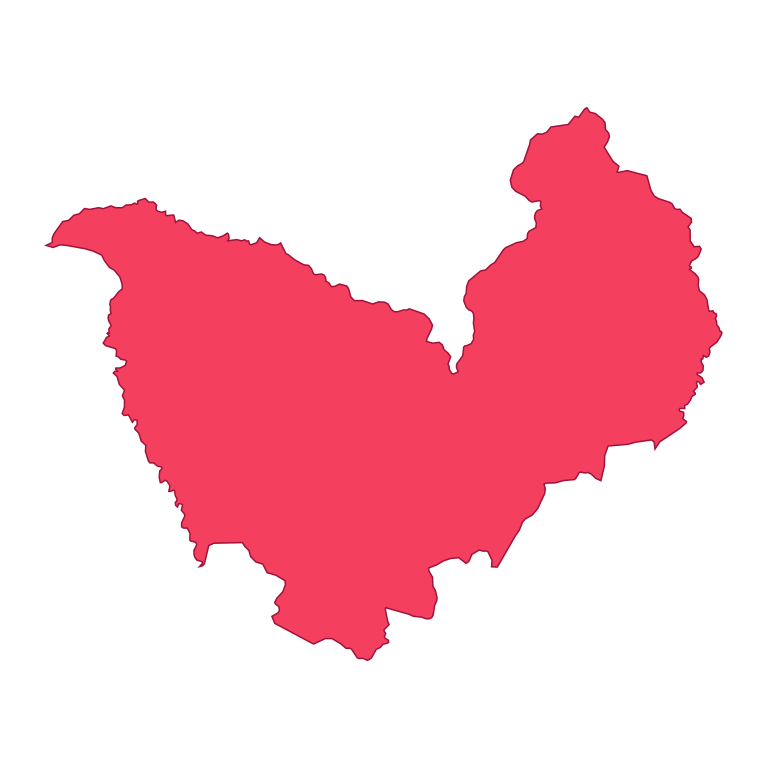 outline of Mocuba, Zambezia, Mozambique
{"feature_id": "85939544B358257057392", "entity_name": "Mocuba", "entity_type": "district", "adm_level": 2, "iso_a3": "MOZ", "parent_name": "Mozambique", "parent_adm1": "Zambezia", "projection": "orthographic", "projection_center": [36.843, -16.852], "detail": "fine", "context": "isolated", "style": "filled", "palette": "rose", "viewbox_px": 768, "rotation_deg": 0, "n_neighbors": 0, "source": "geoboundaries", "source_scale": "gbopen_adm2", "svg_char_len": 6116}
<svg xmlns="http://www.w3.org/2000/svg" viewBox="0 0 768 768"><path d="M199.5,566.6L202.9,565.6L204.4,563.7L208.8,545.5L214.0,543.2L242.4,542.6L245.2,546.9L248.9,550.5L250.7,556.7L255.8,561.9L262.9,564.2L267.1,572.7L275.7,575.1L284.9,580.6L285.5,584.4L282.8,591.8L277.0,598.0L274.7,602.5L275.4,604.0L278.7,606.4L279.4,609.3L279.1,611.2L277.8,613.0L271.9,616.4L274.8,623.4L313.5,644.0L325.3,638.6L332.1,638.6L340.6,643.7L346.0,648.3L350.1,648.3L351.5,649.1L357.2,657.7L358.7,658.5L363.2,658.4L367.2,660.3L369.4,659.5L371.5,657.8L376.3,649.3L380.3,647.5L382.9,644.3L387.4,643.2L388.7,642.1L388.4,640.2L385.2,638.4L384.4,636.7L385.7,633.6L384.0,630.8L384.2,629.6L389.1,624.6L387.7,621.4L385.3,609.2L385.7,607.7L408.8,614.2L413.4,616.3L421.4,617.1L426.3,618.8L429.3,618.8L431.6,617.7L433.1,615.4L434.6,605.6L436.8,600.4L437.0,597.4L435.3,590.4L432.9,586.1L432.5,577.1L428.9,571.0L428.6,568.0L436.3,565.1L443.6,560.8L450.6,558.5L458.8,557.7L465.9,563.3L466.6,563.1L468.9,561.2L472.0,554.3L479.3,550.0L483.3,551.2L486.0,550.9L488.0,551.8L492.0,560.4L491.6,566.8L497.3,567.1L515.5,535.6L519.2,530.4L522.6,521.9L525.3,518.9L532.2,515.1L537.7,508.5L544.6,493.7L545.3,488.8L544.0,484.0L546.5,483.1L554.9,482.9L563.9,480.5L574.3,479.6L575.6,478.6L579.4,472.3L580.5,472.1L585.4,473.0L587.9,472.5L591.4,474.2L595.7,478.3L600.9,480.7L604.4,466.0L604.7,455.6L608.1,446.0L628.0,444.3L635.6,442.2L651.5,439.9L654.1,442.0L655.0,449.0L659.8,441.8L679.0,429.0L686.0,423.1L686.5,421.5L682.7,418.6L683.8,415.7L683.6,412.2L679.8,411.1L679.1,409.8L679.9,408.4L684.8,408.5L684.7,405.5L687.6,404.1L690.4,400.1L692.0,396.4L695.3,394.2L695.3,393.2L693.5,391.3L697.4,386.8L696.5,382.9L697.1,381.5L699.1,381.8L700.5,384.4L704.1,382.2L702.1,377.8L697.0,374.4L697.4,372.9L700.8,372.9L703.0,370.3L703.2,365.6L701.3,362.2L701.2,359.0L702.7,359.0L703.5,355.6L706.2,357.2L708.6,356.2L710.0,351.9L709.3,349.1L709.7,347.6L716.6,342.4L720.4,336.7L721.9,333.1L721.4,331.6L720.0,331.2L718.8,327.2L716.9,325.3L716.4,320.6L715.3,318.9L716.6,316.1L716.3,314.0L713.9,312.7L712.7,310.7L709.8,311.4L708.8,310.7L706.9,299.4L704.5,294.9L699.4,290.7L698.2,285.4L698.7,279.3L698.0,277.2L695.2,273.8L689.4,269.3L691.3,268.2L691.3,267.1L689.6,266.2L689.5,265.2L691.7,261.0L696.4,258.2L698.5,255.9L701.2,249.0L699.4,246.3L694.2,246.8L690.2,240.9L690.1,229.9L688.0,226.9L691.5,222.3L691.2,218.4L682.1,212.2L680.0,209.2L676.7,209.4L674.6,208.5L672.2,203.9L670.0,202.4L658.3,198.6L654.1,195.9L650.9,190.2L646.9,175.8L627.2,170.6L618.6,172.4L617.2,172.1L618.9,166.2L612.9,161.3L604.2,147.2L607.5,141.9L609.4,136.8L608.7,133.2L605.5,129.4L605.0,122.6L602.5,119.3L595.3,113.5L589.8,112.2L586.8,107.7L584.6,109.1L578.7,117.3L575.0,116.2L568.2,124.5L551.0,127.0L546.6,132.3L542.2,134.1L537.4,133.8L530.4,140.1L529.8,144.0L523.7,161.6L521.9,163.5L517.8,165.7L513.5,169.9L510.3,180.2L511.8,187.1L515.7,191.3L525.5,196.4L528.9,200.3L531.6,202.0L539.2,200.7L540.8,201.5L540.4,206.2L541.9,208.9L537.5,210.5L535.6,212.8L534.6,216.3L534.6,218.6L536.3,222.9L535.8,227.6L529.1,231.2L527.6,233.6L527.2,238.0L526.2,239.3L523.1,241.3L516.5,242.7L505.6,247.7L503.3,249.9L494.8,262.4L490.8,264.9L485.6,269.9L480.5,271.0L468.7,280.9L466.6,286.5L466.2,293.2L464.3,296.9L463.8,300.9L466.2,307.1L468.7,309.8L471.6,310.9L473.3,313.2L473.9,317.9L473.4,323.1L474.7,331.5L473.3,335.2L473.6,339.5L471.2,343.6L466.9,345.6L465.2,345.7L463.7,347.0L462.8,355.7L456.6,364.2L456.5,367.7L458.2,371.7L453.6,374.0L451.8,373.4L449.2,369.1L449.1,366.3L448.0,363.9L450.7,356.7L448.0,353.1L444.0,349.6L442.4,344.9L439.1,342.3L432.9,343.2L426.6,341.4L426.8,338.9L431.7,328.7L432.5,325.1L429.1,318.9L424.1,314.0L409.3,308.8L406.5,310.1L403.7,309.9L397.5,311.8L394.2,311.7L391.3,309.5L388.0,303.9L384.2,302.1L378.5,301.9L372.5,304.0L362.3,300.5L354.4,300.7L350.9,297.0L348.4,288.3L346.6,285.9L339.4,284.1L334.9,286.3L331.3,286.6L328.8,282.8L326.0,281.2L325.6,277.6L324.1,275.1L321.6,274.0L315.5,274.7L313.6,274.0L311.4,268.7L308.6,265.4L303.8,264.8L294.5,259.7L288.0,254.5L285.9,253.6L280.6,242.9L278.6,244.4L276.3,245.0L271.3,244.7L264.4,241.9L259.6,237.7L256.7,242.7L251.0,244.8L249.5,244.0L248.6,240.9L246.3,241.0L244.8,239.8L241.5,240.8L236.8,239.6L227.8,240.8L229.1,238.4L228.5,234.2L227.3,233.2L222.8,236.0L217.5,237.8L212.2,235.7L205.8,235.2L201.4,232.0L197.0,233.2L194.6,230.9L191.8,229.7L187.9,224.0L182.8,220.7L178.8,220.2L175.6,222.4L173.7,215.0L166.4,215.6L165.5,214.5L165.6,211.2L161.7,212.3L157.8,211.2L155.9,209.5L156.6,205.2L154.3,202.6L153.0,202.0L148.9,202.2L145.2,198.5L138.4,200.6L137.5,201.4L137.8,203.2L137.1,204.2L134.4,203.1L131.5,204.8L126.0,205.0L122.4,207.7L115.4,207.7L111.0,205.9L103.3,208.7L98.6,207.7L89.7,209.4L84.5,208.5L79.3,213.8L73.9,215.2L68.7,220.3L62.7,221.6L54.0,233.7L52.3,237.9L52.2,242.5L46.1,245.4L53.2,247.5L60.1,244.8L67.1,245.5L84.5,248.6L92.9,251.0L101.7,255.1L104.4,260.6L109.5,267.5L114.2,270.1L119.8,276.9L122.0,283.7L122.3,288.8L118.5,291.9L113.9,297.9L110.7,300.0L109.8,304.4L110.5,306.8L110.2,310.1L111.2,313.4L108.6,315.0L108.1,317.9L108.7,320.9L111.2,325.5L108.8,329.1L109.3,333.0L107.9,332.6L107.1,333.4L109.4,336.0L106.5,337.4L103.2,343.1L105.6,345.6L115.6,348.7L116.6,351.1L116.1,356.1L118.1,356.7L120.9,359.4L125.1,360.0L126.6,361.1L125.2,365.5L119.9,368.0L115.9,368.0L115.6,369.0L117.4,371.1L114.6,371.5L113.3,373.1L117.0,376.4L119.3,384.4L124.5,390.2L122.4,395.8L124.5,400.0L124.4,407.2L122.2,413.5L124.1,415.5L128.5,414.9L132.4,422.3L134.6,419.5L137.0,420.3L137.2,424.7L134.9,427.5L134.8,429.0L138.9,433.4L141.2,441.1L145.8,445.3L145.4,451.5L148.5,461.2L150.0,462.9L153.6,462.9L157.3,466.0L161.8,467.1L161.8,468.8L159.7,471.0L159.2,477.5L160.3,482.6L161.5,482.6L165.2,480.2L167.1,481.3L170.0,485.8L168.8,491.3L170.5,491.4L173.7,490.1L174.7,491.2L175.3,495.6L177.1,499.2L176.5,501.3L175.3,502.3L175.6,505.3L177.6,507.0L178.6,503.8L181.2,503.9L182.5,505.0L181.3,510.3L184.2,513.6L184.9,515.8L181.6,522.9L181.6,526.8L183.2,528.0L187.4,528.2L190.0,533.4L189.8,540.0L190.5,541.0L195.6,542.3L196.6,544.0L196.4,545.6L193.9,550.4L194.1,555.0L194.8,557.2L196.9,560.1L202.5,561.8L202.2,563.5L199.5,566.6Z" fill="#f43f5e" stroke="#9f1239" stroke-width="1.5"/></svg>